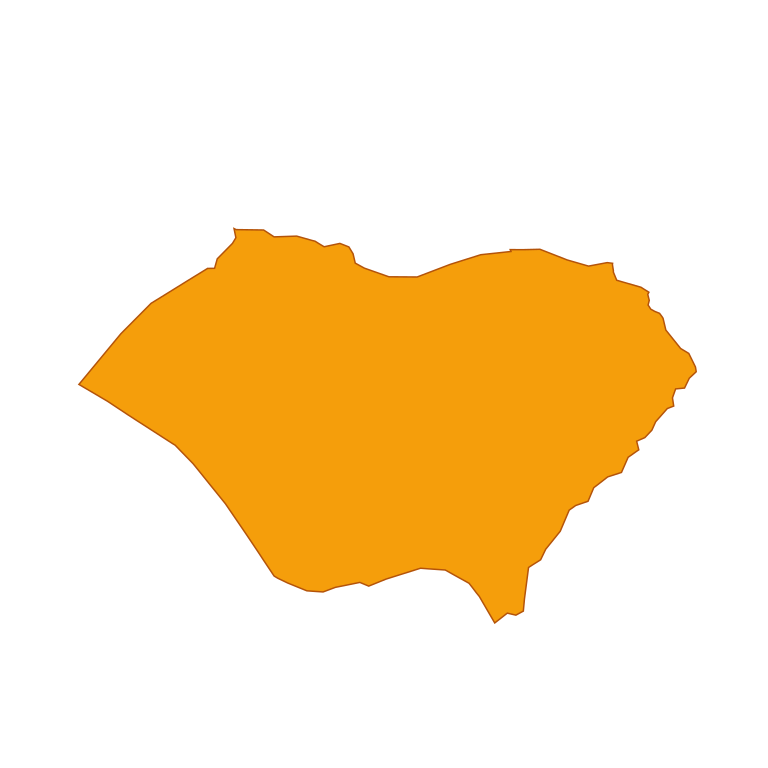 Doe, Nimba, Liberia (Natural Earth projection), rotated 301°
{"feature_id": "62588387B53345215693508", "entity_name": "Doe", "entity_type": "district", "adm_level": 2, "iso_a3": "LBR", "parent_name": "Liberia", "parent_adm1": "Nimba", "projection": "natural_earth1", "projection_center": [-8.791, 6.605], "detail": "fine", "context": "isolated", "style": "filled", "palette": "amber", "viewbox_px": 768, "rotation_deg": 301, "n_neighbors": 0, "source": "geoboundaries", "source_scale": "gbopen_adm2", "svg_char_len": 1863}
<svg xmlns="http://www.w3.org/2000/svg" viewBox="0 0 768 768"><g transform="rotate(301 384 384)"><path d="M605.2,517.8L603.0,512.8L590.4,498.6L584.7,477.2L579.8,448.3L570.8,434.1L564.2,423.0L563.0,424.6L554.2,413.0L544.7,400.4L520.6,379.1L496.0,359.8L492.8,357.3L478.5,333.1L478.3,332.4L473.2,307.5L472.8,297.1L479.7,290.4L483.4,283.3L481.8,273.8L470.8,262.0L470.8,256.1L470.9,251.3L470.0,248.4L465.8,233.0L453.5,214.0L453.9,204.3L454.0,201.5L451.1,196.5L440.2,177.8L440.0,175.4L433.1,181.7L426.5,181.7L405.4,176.6L395.9,179.2L392.5,173.7L392.3,173.3L370.9,162.2L351.8,152.4L333.2,142.8L330.3,142.1L310.4,137.2L291.7,132.6L284.5,131.5L226.5,122.7L226.8,155.8L225.7,180.5L225.4,189.3L224.0,233.7L224.0,236.4L217.4,261.3L214.5,269.3L208.5,285.6L199.7,309.7L183.8,344.3L175.1,362.8L171.3,370.7L162.8,388.7L162.8,393.0L163.8,403.8L166.6,421.9L166.7,422.6L167.0,424.4L171.1,432.5L174.4,438.9L184.7,447.1L190.5,453.5L201.5,465.5L202.9,475.0L217.9,486.3L244.9,510.2L246.1,512.6L248.2,516.8L255.4,530.9L256.1,532.3L256.4,542.5L257.0,559.4L256.7,560.3L254.9,565.0L252.8,570.2L252.6,570.7L251.0,575.1L236.2,602.0L251.1,607.7L253.8,616.1L261.1,620.4L272.1,615.1L301.2,602.4L305.5,604.5L314.0,608.8L325.8,607.7L326.9,607.9L348.6,610.9L371.3,607.7L378.6,610.9L388.6,619.3L403.2,617.2L407.4,618.9L419.6,623.6L430.5,633.1L446.9,631.0L455.3,634.7L458.8,636.3L465.1,630.0L472.4,635.2L482.4,637.4L491.6,636.3L508.9,639.5L514.3,643.7L520.7,638.4L530.0,636.5L535.3,643.7L546.2,642.7L554.6,645.1L555.3,645.3L556.3,644.5L559.0,642.2L567.2,629.5L567.2,625.6L567.2,620.0L575.4,597.8L584.1,589.3L584.8,587.9L586.5,583.8L585.7,578.7L585.6,575.4L585.5,574.3L587.7,569.7L592.3,568.3L592.9,567.7L596.7,563.9L597.1,563.9L599.1,563.8L599.2,557.4L599.3,554.5L594.2,535.4L592.8,530.0L598.1,522.9L599.1,522.4L604.0,518.3L605.2,517.8Z" fill="#f59e0b" stroke="#b45309" stroke-width="1.5"/></g></svg>